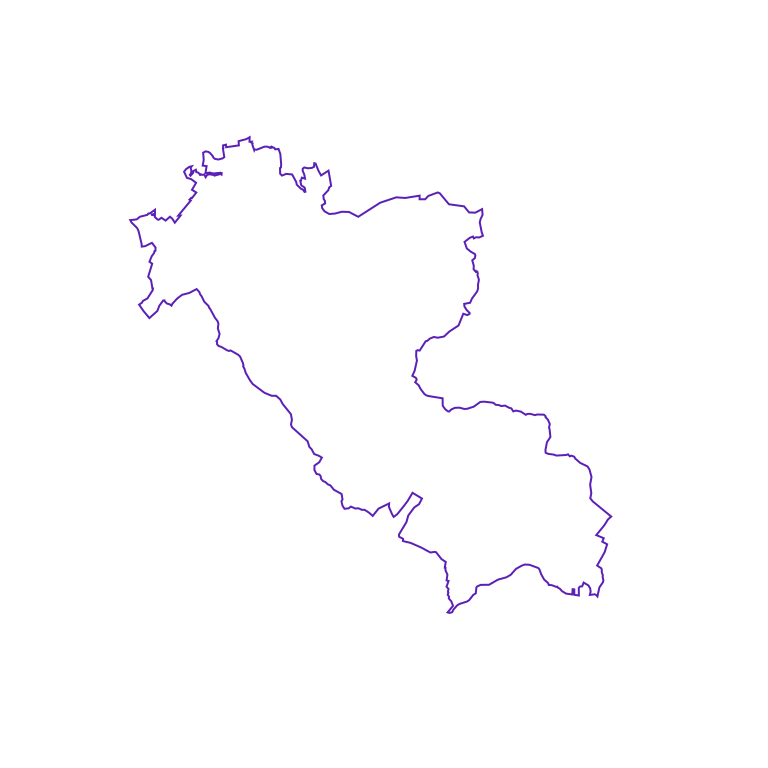 Lechinta, Bistrita-Nasaud, Romania (Mercator projection), rotated 330°
{"feature_id": "2599482B84958268498590", "entity_name": "Lechinta", "entity_type": "district", "adm_level": 2, "iso_a3": "ROU", "parent_name": "Romania", "parent_adm1": "Bistrita-Nasaud", "projection": "mercator", "projection_center": [24.317, 47.004], "detail": "fine", "context": "isolated", "style": "outline", "palette": "violet", "viewbox_px": 768, "rotation_deg": 330, "n_neighbors": 0, "source": "geoboundaries", "source_scale": "gbopen_adm2", "svg_char_len": 6154}
<svg xmlns="http://www.w3.org/2000/svg" viewBox="0 0 768 768"><g transform="rotate(330 384 384)"><path d="M514.5,612.4L506.1,590.1L505.5,586.1L508.9,582.3L512.2,574.2L517.2,568.3L519.2,560.8L519.0,557.1L514.5,550.5L512.3,544.1L512.4,542.1L510.4,539.7L508.8,539.6L508.2,536.9L506.3,536.6L497.4,532.1L495.9,530.2L491.3,526.6L489.6,524.4L490.8,521.9L496.0,515.9L501.6,513.1L504.9,505.7L505.0,504.4L507.6,501.5L508.1,496.6L507.3,493.6L507.8,493.0L507.5,491.4L507.0,490.4L501.4,487.0L499.1,486.4L495.8,483.0L493.2,481.6L491.4,481.6L488.7,476.3L485.0,473.0L482.3,472.4L482.1,468.8L480.3,466.9L478.1,463.3L474.3,461.6L473.2,459.9L470.3,457.8L469.5,455.3L468.5,454.3L461.8,449.3L458.4,447.7L450.4,448.5L443.8,447.1L441.1,445.8L437.5,442.2L433.5,440.1L429.7,439.7L426.6,440.4L425.7,439.6L424.4,436.5L424.0,432.2L427.6,425.7L416.2,416.4L414.7,414.5L414.0,412.9L413.2,406.6L413.4,402.5L411.9,398.1L414.5,396.6L414.7,394.6L412.6,391.1L417.1,387.9L424.3,380.1L425.7,376.1L428.5,371.5L430.0,371.5L431.6,372.9L441.5,367.8L443.0,368.3L446.5,367.6L450.7,368.2L453.7,370.8L459.7,372.9L467.0,371.2L477.8,370.6L487.8,362.8L490.5,365.9L493.1,366.1L493.7,365.3L492.6,361.4L492.4,357.2L493.5,354.7L499.2,356.7L502.9,354.0L511.0,350.4L513.4,348.1L514.9,345.2L518.3,341.2L519.4,336.4L520.5,335.2L521.0,333.4L519.7,333.0L520.1,331.9L519.3,331.6L519.0,329.3L520.8,326.7L522.3,321.0L525.6,320.4L527.3,318.5L527.7,317.0L525.2,312.6L523.5,308.0L524.8,301.2L531.4,300.3L534.8,300.8L534.6,302.8L537.2,303.0L539.7,304.7L543.8,305.1L544.5,301.4L547.7,292.0L549.7,289.8L554.0,286.7L556.4,281.6L548.8,281.3L543.5,278.0L542.2,270.2L530.1,260.8L527.7,246.8L526.3,245.0L516.5,243.3L512.0,244.6L507.2,241.8L509.0,238.7L495.4,233.5L488.0,228.5L471.4,225.1L445.3,226.3L439.7,217.5L433.5,213.7L426.8,211.9L421.6,209.4L418.8,204.7L418.4,200.8L419.4,198.2L423.3,198.2L424.4,195.7L424.2,193.8L425.7,190.4L432.7,188.3L434.9,186.3L437.3,186.0L442.6,171.5L433.8,171.9L433.9,166.2L435.0,158.8L434.0,157.9L432.0,160.9L429.6,160.8L425.9,159.1L423.2,156.6L421.3,156.9L420.2,158.6L419.7,162.7L418.3,166.7L416.0,164.2L413.5,166.6L413.1,166.3L411.8,170.0L411.9,171.1L413.3,173.7L413.3,175.1L412.0,178.2L411.2,177.9L411.0,175.2L409.6,173.1L408.1,167.7L409.0,165.2L409.2,156.6L404.3,153.1L399.9,152.5L399.2,150.0L401.9,145.0L403.0,145.0L404.8,142.3L409.2,133.0L410.2,127.7L407.1,126.4L407.1,124.9L405.2,122.1L404.7,122.1L404.7,123.1L403.4,122.6L402.0,120.4L399.2,118.7L391.0,117.5L389.2,116.2L388.5,116.7L389.6,111.0L390.5,110.0L389.7,108.4L390.6,108.0L388.7,106.9L391.0,103.1L387.3,103.1L379.5,101.0L377.6,104.8L365.7,100.0L366.8,97.7L363.9,96.9L362.7,99.5L362.3,99.4L359.1,107.7L357.0,107.9L352.9,106.8L350.2,104.6L349.4,102.6L349.7,101.4L348.9,97.1L347.9,95.1L345.7,93.3L343.0,93.3L339.9,99.8L336.2,104.2L339.3,106.6L334.8,112.1L338.7,113.7L341.5,116.4L348.0,119.3L348.9,120.2L348.0,121.4L347.5,120.4L341.4,118.8L341.0,117.8L337.5,115.0L335.3,114.5L332.9,115.7L333.1,112.7L331.4,112.1L330.3,110.9L329.7,111.2L329.1,110.7L329.3,109.8L328.7,107.9L327.4,106.5L328.2,104.4L325.4,104.2L324.3,105.7L320.6,106.9L320.4,105.8L321.8,105.3L323.7,103.3L324.7,100.0L326.3,99.3L323.9,98.6L319.9,99.0L317.0,100.2L316.4,107.0L319.3,109.9L321.9,115.8L314.8,119.8L317.2,124.3L310.6,127.0L310.2,126.4L307.7,127.1L308.4,128.5L290.0,135.3L292.0,136.4L283.5,139.7L283.3,135.0L282.3,132.1L276.6,133.3L274.4,128.8L270.9,129.1L270.1,128.2L269.0,124.8L270.0,123.3L267.6,121.7L267.7,121.2L270.8,122.0L272.8,118.6L266.4,119.2L265.2,118.5L263.6,119.2L256.2,117.1L252.2,117.8L246.2,115.2L246.1,117.9L248.2,125.5L247.9,128.9L244.1,141.5L242.9,143.9L246.1,145.2L253.6,145.7L254.4,151.6L252.6,154.4L251.6,154.2L250.4,155.6L246.7,157.2L242.0,160.9L243.4,163.9L233.4,173.2L234.2,177.6L231.2,185.5L231.7,185.8L230.6,187.1L221.9,191.6L216.8,191.5L214.9,192.6L211.6,192.8L212.2,200.5L213.8,209.6L224.3,207.4L228.4,204.0L234.4,201.3L235.7,201.8L235.4,202.6L236.2,205.7L238.3,207.9L239.1,209.9L240.8,208.7L247.5,206.6L253.7,205.8L261.0,207.8L269.2,208.1L270.1,212.2L269.6,214.0L269.9,216.8L269.5,222.9L271.1,228.9L270.7,230.0L271.0,232.7L270.7,242.1L271.3,246.4L270.7,249.1L267.9,252.8L266.6,258.5L263.5,261.6L260.3,263.2L260.5,264.0L259.3,266.1L259.7,268.3L261.7,270.6L265.0,276.4L266.3,277.9L267.9,278.2L272.3,285.7L273.1,288.3L272.3,295.2L271.6,297.7L270.8,298.3L270.8,301.0L269.8,305.2L269.8,313.9L270.3,318.4L276.1,331.9L281.0,338.2L284.7,340.3L286.4,345.5L286.3,350.9L288.3,363.6L286.4,368.9L283.2,372.6L282.7,375.4L289.2,395.4L287.9,401.2L288.7,404.2L288.5,409.7L291.7,413.6L293.4,416.7L288.8,419.4L283.0,419.9L280.7,423.8L280.6,428.2L282.7,430.0L283.1,431.9L282.1,434.8L282.7,437.6L284.2,439.6L285.2,442.8L286.9,445.1L287.7,450.5L292.3,458.1L290.3,463.3L288.5,464.3L287.2,468.6L287.4,472.3L291.2,474.0L294.0,473.6L297.0,477.6L299.7,478.8L301.8,481.8L304.3,483.3L306.6,487.7L308.3,492.6L316.9,489.2L328.7,490.0L326.8,492.9L325.9,500.6L325.9,503.9L330.4,503.4L339.4,499.9L346.1,497.1L354.3,492.5L359.6,502.2L354.3,505.6L348.6,506.0L339.3,510.0L334.4,514.8L321.9,521.7L321.0,523.0L320.8,524.0L323.1,527.6L321.9,529.5L327.6,534.9L334.3,544.0L339.9,553.1L343.7,554.6L345.0,555.7L346.2,564.3L348.5,569.0L344.8,573.4L345.4,573.8L344.1,576.1L343.6,580.8L340.0,585.4L341.4,586.9L336.8,590.8L337.4,593.7L335.4,596.0L335.4,596.9L333.8,598.4L334.0,600.7L332.9,602.1L333.6,605.7L332.9,610.6L324.9,613.6L326.4,615.1L329.0,615.7L331.3,614.1L336.6,612.3L339.3,612.2L347.2,613.9L349.6,613.8L355.8,611.3L358.8,611.2L362.2,606.5L363.3,605.9L367.3,606.3L374.6,610.4L384.9,610.4L393.3,612.6L398.4,612.6L405.9,610.1L412.6,610.2L415.8,610.8L419.6,613.3L425.6,620.5L425.9,622.2L425.0,627.6L424.9,633.4L426.6,638.5L426.2,640.4L428.7,642.1L431.7,645.8L432.8,646.2L432.7,647.1L434.0,649.4L434.6,652.4L436.9,656.6L441.8,660.4L444.8,656.0L446.1,657.0L443.4,661.7L447.0,664.6L450.7,658.0L452.4,657.4L454.5,658.3L457.6,655.8L460.3,660.6L460.4,663.9L459.2,667.0L456.8,669.6L461.2,671.4L462.2,672.7L462.6,674.7L468.9,667.8L474.4,665.2L475.8,663.8L476.9,660.4L477.9,659.0L478.4,656.2L479.9,653.3L480.0,652.2L477.8,647.8L490.8,640.1L497.1,634.4L494.2,629.7L497.2,627.4L492.3,621.0L504.4,616.4L510.2,613.3L514.5,612.4Z" fill="none" stroke="#5b21b6" stroke-width="2"/></g></svg>